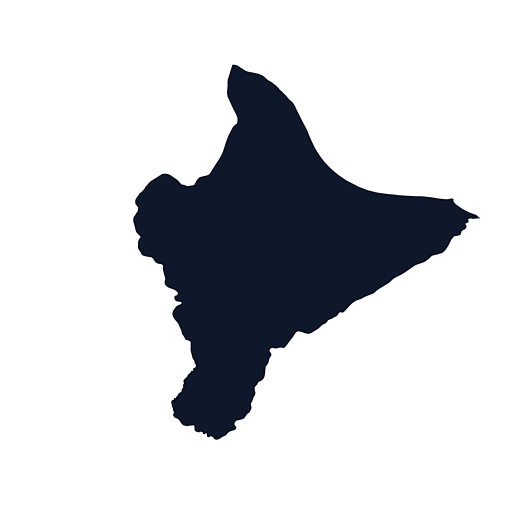 the district of Hatu-Udo, Ainaro, East Timor, rotated 221°
{"feature_id": "22284137B3809405900530", "entity_name": "Hatu-Udo", "entity_type": "district", "adm_level": 2, "iso_a3": "TLS", "parent_name": "East Timor", "parent_adm1": "Ainaro", "projection": "orthographic", "projection_center": [125.605, -9.116], "detail": "fine", "context": "isolated", "style": "filled", "palette": "ink", "viewbox_px": 512, "rotation_deg": 221, "n_neighbors": 0, "source": "geoboundaries", "source_scale": "gbopen_adm2", "svg_char_len": 6097}
<svg xmlns="http://www.w3.org/2000/svg" viewBox="0 0 512 512"><g transform="rotate(221 256 256)"><path d="M137.5,331.2L134.9,337.4L133.7,341.0L130.4,353.9L125.7,362.1L124.5,366.8L124.2,371.1L123.4,373.0L120.8,376.5L119.4,378.9L118.1,380.8L117.7,384.1L118.2,389.1L120.1,396.7L120.2,401.3L118.4,403.2L117.4,404.4L116.5,406.2L116.7,407.0L117.7,409.0L117.8,410.1L117.5,411.6L116.8,412.9L116.5,414.0L116.8,415.6L117.9,416.4L119.6,416.6L120.1,417.1L120.1,417.7L118.7,420.6L118.8,421.1L119.4,421.6L120.1,421.8L120.7,422.4L120.8,423.0L120.6,423.9L119.6,425.3L118.7,426.2L117.8,426.5L117.0,427.0L116.1,428.1L114.8,429.2L114.5,430.1L113.6,430.7L116.8,430.7L117.5,430.4L118.5,429.8L120.1,429.4L122.8,428.2L124.5,427.9L127.6,426.9L130.3,426.3L132.8,426.0L138.8,425.4L140.9,425.5L144.0,426.3L144.2,427.5L144.5,427.7L144.9,427.6L145.2,426.9L146.0,427.0L146.1,426.5L147.6,424.5L148.4,423.7L151.9,421.0L157.6,417.2L160.9,415.3L166.0,411.7L168.2,410.3L172.2,407.1L173.5,405.8L175.8,404.1L180.4,400.4L184.8,397.2L185.4,396.6L186.7,395.8L188.6,394.2L190.3,393.3L196.2,389.0L204.2,383.7L207.6,381.7L214.9,378.1L218.3,376.9L222.4,375.3L225.4,374.4L227.1,374.1L237.5,371.5L246.6,370.5L251.4,370.3L255.3,370.3L259.6,370.5L266.5,371.2L274.2,372.9L278.8,374.2L282.9,375.6L289.6,378.5L296.0,381.5L297.8,382.6L300.2,383.8L311.7,388.2L317.2,390.6L322.1,392.5L324.3,393.6L327.2,394.7L329.3,395.2L334.1,395.2L339.5,396.1L342.1,396.1L343.8,396.4L347.3,396.3L349.1,396.8L351.7,396.9L352.4,397.0L358.0,396.7L362.5,395.8L367.3,395.9L369.1,395.8L374.0,394.2L376.3,392.7L378.6,391.6L381.8,389.6L384.7,388.3L389.5,387.6L391.5,387.2L394.3,387.0L396.4,386.2L398.4,384.7L392.3,370.8L390.7,368.7L389.4,367.4L384.7,361.1L383.5,359.8L381.4,358.2L369.4,352.8L363.4,350.4L360.8,349.1L358.3,346.8L357.1,344.7L356.6,343.7L356.5,342.9L356.9,342.0L357.2,340.4L357.2,337.9L355.1,329.1L352.9,323.1L348.6,313.1L347.8,310.4L346.8,305.9L345.0,293.2L344.0,287.3L344.5,285.7L345.5,283.8L348.5,279.8L349.6,277.9L349.7,275.0L349.5,273.6L348.4,269.0L350.0,266.6L351.2,265.5L351.6,264.6L352.4,263.6L354.3,262.6L357.1,261.6L358.4,260.5L359.5,260.4L361.5,260.6L363.6,261.0L366.2,261.0L373.8,260.1L376.4,259.1L377.5,258.4L379.2,256.9L379.9,256.0L383.6,243.9L384.0,241.3L384.0,235.4L383.6,234.1L383.5,232.6L383.7,228.6L384.3,226.7L383.8,225.3L383.7,222.1L383.0,219.2L381.5,217.4L380.3,216.8L378.4,216.5L376.2,215.8L375.6,215.2L374.1,212.9L373.9,212.1L373.6,209.1L373.2,207.3L373.1,205.5L372.8,204.6L371.1,202.4L365.5,198.7L363.9,197.5L362.2,196.4L361.3,196.1L356.7,195.7L354.8,195.3L354.6,194.5L354.5,192.1L353.8,189.9L353.1,189.0L352.2,188.1L350.6,186.1L349.9,185.4L348.6,184.7L345.4,183.8L343.5,183.0L342.6,182.8L341.4,183.1L340.2,183.6L336.7,185.6L334.5,187.1L333.5,187.3L332.1,187.3L328.2,186.2L327.1,186.2L325.6,186.5L324.4,187.1L322.2,188.6L319.9,188.7L319.3,188.4L318.7,187.8L317.5,185.9L314.9,183.8L309.8,180.5L309.0,179.8L308.3,178.9L307.9,177.8L307.3,176.8L306.4,176.0L305.4,175.5L304.3,175.2L301.8,175.4L295.3,177.8L293.5,178.0L291.7,177.9L290.6,177.6L289.8,177.1L289.3,176.3L289.2,175.4L289.1,174.7L289.5,173.8L290.1,172.8L290.2,172.1L289.6,171.3L288.7,170.7L287.7,170.3L286.6,170.4L285.4,171.0L284.6,171.7L282.6,172.8L281.8,173.0L281.0,172.5L280.5,171.8L280.3,170.8L280.4,170.1L281.8,167.3L282.2,166.2L282.3,165.0L282.0,161.5L281.8,160.3L280.8,158.2L279.9,157.4L278.5,156.5L276.5,155.8L270.2,154.7L263.3,151.5L260.8,149.7L259.7,149.2L258.4,149.0L254.1,147.5L251.6,148.7L250.3,149.1L249.5,149.1L248.9,148.9L247.8,148.2L242.9,142.4L236.7,138.1L235.8,137.7L233.4,137.1L231.3,135.4L229.8,135.2L229.3,134.9L227.9,133.3L228.1,132.4L227.9,130.6L228.4,130.7L228.7,130.1L228.6,129.5L228.0,129.1L227.2,128.7L227.2,127.5L227.8,127.3L228.4,126.9L228.6,126.0L228.1,124.8L228.7,122.1L228.0,119.6L228.5,116.3L228.2,114.5L227.6,114.0L226.1,113.3L226.0,112.2L225.8,111.1L225.3,110.6L224.1,110.0L223.9,107.6L223.5,106.5L223.3,105.9L222.8,105.4L222.2,104.2L223.2,102.7L223.4,101.7L222.8,98.6L223.0,97.2L222.1,96.1L223.6,94.9L223.1,94.0L222.1,93.6L222.7,93.0L223.7,92.5L223.9,91.4L223.8,90.8L220.9,88.5L220.2,87.8L218.7,87.6L217.5,86.2L215.8,85.2L214.4,84.7L214.0,84.1L214.2,83.3L214.0,82.6L213.6,82.0L212.8,82.0L212.0,81.4L208.0,82.6L205.5,82.3L203.1,81.6L201.3,81.3L200.0,81.3L197.1,82.7L195.9,84.3L192.8,87.5L192.4,88.1L191.8,88.4L191.0,88.2L189.8,87.2L188.0,85.3L187.5,84.9L186.3,84.9L185.0,85.4L183.9,86.0L183.4,87.3L182.9,87.9L182.1,88.1L181.3,88.6L180.0,88.7L179.2,87.9L178.4,88.4L178.6,89.0L178.1,90.1L177.1,90.4L176.2,90.3L174.1,88.4L173.0,89.2L173.3,89.7L173.2,90.3L172.1,91.2L169.8,91.8L167.5,91.3L166.7,91.5L165.9,91.9L164.9,93.0L163.8,95.9L163.4,97.6L161.9,100.9L161.8,101.6L161.9,103.8L161.6,105.8L161.2,106.9L158.6,111.1L158.5,112.0L158.6,112.6L159.2,113.2L161.9,113.9L162.7,114.7L163.1,115.4L163.7,116.9L163.6,118.6L163.0,119.9L161.3,122.1L159.4,125.1L159.2,126.3L159.5,128.2L159.7,131.7L159.1,133.5L159.1,134.1L160.0,137.2L160.7,138.3L161.2,138.8L162.8,139.7L163.3,140.3L164.1,142.3L164.6,144.9L165.2,145.5L165.5,146.4L166.4,150.3L166.7,151.1L167.3,151.9L170.0,153.9L170.9,154.9L171.5,155.8L171.7,156.5L171.6,160.2L172.1,161.4L172.3,162.3L171.9,163.9L171.1,164.9L170.6,167.7L170.9,169.3L171.5,170.8L172.5,172.5L173.9,174.4L177.0,178.7L177.0,179.6L176.9,180.7L177.3,182.9L177.7,184.1L178.5,185.4L179.5,187.7L179.8,190.1L180.1,191.1L181.2,191.8L183.3,192.3L184.1,192.7L184.5,193.2L184.8,194.1L185.0,194.8L185.0,195.7L184.7,196.9L184.2,197.8L183.6,198.3L181.8,199.1L181.2,199.5L179.4,201.6L178.6,202.9L177.3,204.1L175.7,205.0L175.2,205.4L175.1,206.4L175.1,209.7L175.7,216.4L175.7,218.4L176.0,221.0L176.4,222.6L176.4,224.4L176.0,226.6L175.1,227.5L173.9,228.4L172.6,228.9L171.2,229.7L168.5,230.6L166.2,232.0L165.5,232.6L164.5,234.4L162.1,242.0L161.5,247.5L160.0,251.4L159.9,252.7L160.2,254.1L160.2,255.1L159.0,257.6L158.4,258.5L157.8,260.7L156.5,263.4L156.4,264.5L156.9,268.3L155.7,269.7L154.9,270.1L153.9,270.8L153.7,271.7L153.4,280.6L153.1,283.9L151.8,288.4L150.6,290.6L149.6,292.1L147.0,298.5L143.8,304.5L143.3,306.2L143.0,309.0L142.5,311.3L138.9,322.7L138.4,325.5L138.4,327.4L137.5,331.2Z" fill="#0f172a" stroke="#020617" stroke-width="1.5"/></g></svg>